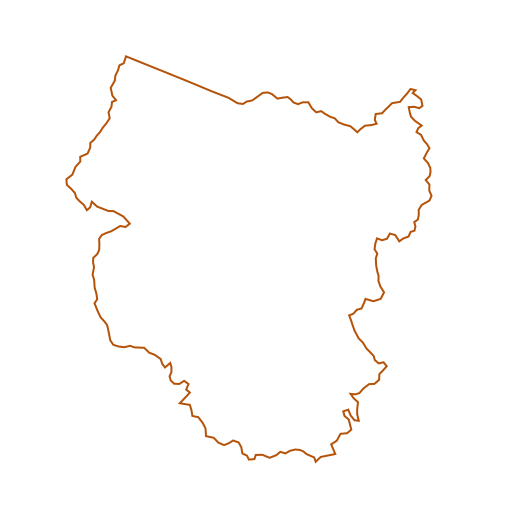 the district of Goiandira, Goiás, Brazil, rotated 175°
{"feature_id": "56859067B40812937641421", "entity_name": "Goiandira", "entity_type": "district", "adm_level": 2, "iso_a3": "BRA", "parent_name": "Brazil", "parent_adm1": "Goiás", "projection": "mercator", "projection_center": [-48.152, -18.118], "detail": "fine", "context": "isolated", "style": "outline", "palette": "amber", "viewbox_px": 512, "rotation_deg": 175, "n_neighbors": 0, "source": "geoboundaries", "source_scale": "gbopen_adm2", "svg_char_len": 3320}
<svg xmlns="http://www.w3.org/2000/svg" viewBox="0 0 512 512"><g transform="rotate(175 256 256)"><path d="M214.5,45.8L209.0,50.2L194.3,51.8L197.5,61.8L191.6,65.0L187.3,71.5L180.7,71.5L176.2,74.8L177.9,85.1L181.7,88.8L182.6,93.6L177.5,94.9L175.6,88.8L172.2,83.8L168.0,82.9L169.0,89.8L168.5,95.0L167.1,101.5L170.9,105.5L173.8,110.4L169.0,109.5L165.0,110.4L160.5,114.7L154.5,118.5L149.1,118.3L144.1,122.0L143.4,127.6L139.7,130.7L135.4,134.8L138.2,139.0L143.1,138.3L146.7,142.0L147.5,146.2L150.7,150.2L154.0,154.2L157.1,160.5L160.9,165.0L164.3,173.0L166.0,179.5L166.9,183.6L168.4,188.7L164.1,190.0L160.3,193.6L155.5,194.5L152.4,199.9L150.7,203.7L142.9,200.7L135.6,202.4L131.6,208.6L134.7,214.6L136.2,220.4L135.6,225.4L136.5,229.8L137.1,235.9L136.9,243.0L135.0,247.8L137.3,252.4L136.1,257.8L133.9,263.0L129.0,260.7L124.0,261.8L120.7,266.7L115.4,264.7L112.0,258.1L108.0,260.5L102.4,262.1L99.9,266.5L95.9,267.4L94.6,271.5L95.4,276.0L91.6,278.2L90.3,282.4L89.9,287.8L86.5,292.4L78.4,296.1L75.9,300.7L77.7,306.1L77.0,312.0L80.3,316.9L76.2,320.3L74.8,324.4L74.7,328.5L76.5,333.5L80.3,338.6L76.5,344.6L73.8,348.2L75.9,352.5L78.8,356.5L81.1,362.4L85.3,365.4L83.3,369.1L79.6,371.5L86.0,376.9L89.5,381.4L90.3,385.8L90.9,391.0L85.2,390.8L80.5,389.0L77.1,391.0L77.8,397.5L81.9,401.5L85.7,404.7L82.7,407.3L87.5,408.9L91.6,404.4L96.0,400.3L99.0,397.0L107.1,396.4L110.3,393.7L114.2,390.6L118.0,387.2L124.4,387.0L125.8,381.1L124.3,377.3L129.3,376.4L136.1,376.3L141.1,373.1L144.3,370.4L147.1,373.5L150.7,377.1L156.9,379.3L162.2,382.0L165.6,386.3L170.1,388.3L175.0,391.7L178.4,394.6L183.5,393.9L187.5,398.4L190.5,404.6L196.2,405.0L200.9,403.6L205.3,405.7L207.7,408.9L210.7,411.6L216.0,411.4L220.9,410.9L226.0,415.9L229.9,417.9L235.1,417.9L246.2,411.3L251.7,410.7L255.8,408.6L261.1,409.8L269.6,416.0L284.7,423.4L309.2,436.2L368.1,466.2L371.0,459.5L375.4,457.9L377.3,453.0L380.3,448.1L381.4,442.9L386.1,436.2L385.1,428.3L381.9,423.4L386.0,422.0L387.0,417.2L390.4,412.0L389.7,406.0L393.6,401.1L397.6,397.0L400.8,392.8L404.2,389.7L407.0,386.1L411.2,383.1L411.7,378.4L414.9,372.7L422.5,370.1L422.8,365.4L428.0,360.6L431.8,353.1L438.2,348.9L438.2,343.3L433.9,338.6L430.8,334.3L430.0,329.9L427.1,326.1L423.1,322.0L420.5,316.4L417.0,318.9L414.8,324.4L410.0,319.1L399.1,313.7L394.0,313.1L384.8,307.0L378.9,299.2L383.4,296.3L388.7,297.7L393.5,295.4L398.2,293.2L403.1,292.0L407.8,290.3L410.8,286.7L411.0,281.3L411.7,275.7L414.0,271.7L418.3,268.3L418.9,263.8L418.3,259.1L420.4,251.7L419.3,246.1L419.5,238.6L418.2,231.9L418.0,226.7L421.0,223.0L418.6,215.1L416.1,208.4L412.7,204.0L410.4,200.3L409.7,195.9L409.1,190.3L408.5,184.7L405.9,180.0L401.0,177.9L395.2,176.6L389.3,177.5L384.9,175.5L380.6,175.0L375.4,174.3L370.8,169.0L365.3,166.3L359.9,161.6L358.9,157.0L356.4,152.9L350.8,156.9L349.9,152.6L350.4,147.6L352.6,143.7L351.8,139.5L348.7,135.9L343.5,135.2L338.5,137.9L334.4,134.3L337.2,129.0L333.8,125.8L336.7,123.0L344.7,116.0L339.6,114.6L334.9,113.5L333.8,108.4L333.3,102.2L327.6,100.5L323.7,94.5L321.3,88.5L321.5,80.9L314.0,78.6L309.7,73.3L304.3,70.4L299.5,71.8L294.9,74.2L289.6,71.8L287.3,66.8L286.8,60.5L282.4,57.9L280.8,53.8L275.3,53.8L273.6,57.8L267.0,57.4L260.0,53.8L253.1,55.8L248.9,58.8L243.9,56.8L239.0,59.0L233.8,59.8L229.4,59.0L225.8,57.2L223.0,54.3L219.4,52.3L215.5,50.2L214.5,45.8Z" fill="none" stroke="#b45309" stroke-width="2"/></g></svg>